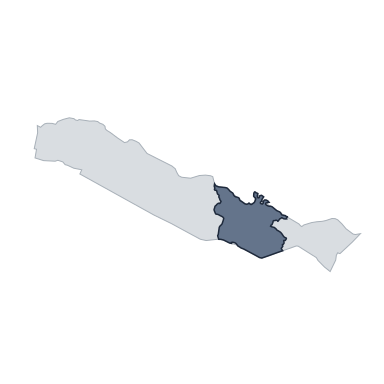 Kara on a map of Togo (Equal Earth projection), rotated 119°
{"feature_id": "TGO-88", "entity_name": "Kara", "entity_type": "Region", "adm_level": 1, "iso_a3": "TGO", "parent_name": "Togo", "parent_adm1": "", "projection": "equal_earth", "projection_center": [0.654, 9.526], "detail": "fine", "context": "in_parent", "style": "filled", "palette": "slate", "viewbox_px": 384, "rotation_deg": 119, "n_neighbors": 0, "source": "natural_earth", "source_scale": "10m", "svg_char_len": 5347}
<svg xmlns="http://www.w3.org/2000/svg" viewBox="0 0 384 384"><g transform="rotate(119 192 192)"><path d="M194.6,32.6L193.4,39.7L190.8,48.6L189.1,51.4L187.9,72.9L188.7,74.7L189.3,75.2L197.5,82.5L208.3,92.1L215.9,98.8L216.5,101.1L216.6,115.2L216.7,127.4L218.3,134.4L218.7,141.1L220.6,146.2L227.6,156.1L229.3,161.9L229.5,180.5L229.6,194.6L230.6,213.8L230.6,229.9L230.6,250.2L230.6,274.0L230.6,298.8L226.0,299.2L228.5,306.9L229.0,313.9L229.6,316.2L228.3,319.6L229.3,324.7L231.4,326.6L236.5,337.0L238.3,345.8L230.0,348.7L230.6,351.0L215.1,355.7L208.9,359.5L208.8,355.8L206.6,355.1L203.8,353.9L202.1,352.0L199.8,347.6L198.9,344.1L195.3,343.5L190.8,339.7L186.6,335.3L185.1,330.8L185.5,328.8L184.9,326.7L183.4,325.9L179.6,315.9L177.2,311.9L176.1,308.6L176.5,306.1L176.0,302.8L176.7,300.0L178.8,298.4L179.4,296.4L179.6,292.2L180.8,283.5L181.5,275.0L179.4,272.7L176.7,272.0L175.3,269.6L174.8,265.6L174.8,262.1L180.1,250.0L179.0,222.2L179.8,217.9L182.1,215.0L184.2,211.6L184.1,208.2L180.6,199.9L174.0,193.5L170.7,188.4L168.8,183.7L168.5,181.3L172.5,177.6L174.3,175.1L174.5,172.2L172.9,166.9L173.2,157.5L174.7,150.5L176.3,141.3L176.1,138.7L172.3,133.2L170.2,132.5L168.5,132.9L164.4,136.4L163.0,136.8L162.1,135.8L161.7,134.3L163.1,132.2L162.6,129.5L163.8,127.2L166.3,126.1L167.1,125.0L163.6,123.9L163.2,122.3L163.5,120.7L164.5,120.4L165.5,120.5L166.2,119.4L166.7,111.7L167.1,109.0L167.5,103.6L168.1,82.9L168.9,80.8L169.0,79.2L166.6,78.2L160.8,72.6L157.5,68.4L154.6,64.0L152.1,61.1L147.3,56.7L145.9,53.9L145.7,51.0L147.2,45.4L149.5,39.4L150.7,30.7L150.0,28.5L146.8,24.5L158.1,27.5L174.1,32.7L174.4,33.6L174.5,35.1L177.3,35.1L181.9,33.3L194.6,32.6Z" fill="#d9dde1" stroke="#a8b0b8" stroke-width="1"/><path d="M169.1,96.7L169.6,96.5L169.7,96.3L169.9,96.6L170.3,97.2L170.8,98.3L170.9,98.7L171.0,99.0L171.0,99.4L170.9,100.2L170.9,100.6L171.0,100.9L171.1,101.2L171.3,101.3L172.2,101.5L172.4,101.7L172.8,102.1L173.1,102.3L173.5,102.3L174.1,102.3L174.9,102.5L175.3,102.5L175.6,102.5L175.8,102.6L176.0,102.8L175.9,103.1L175.7,103.6L175.7,103.9L175.7,104.3L175.8,104.6L175.9,104.8L176.1,105.1L176.6,105.4L176.8,105.6L176.9,105.8L177.4,106.6L177.5,106.8L177.8,106.9L178.2,106.9L178.8,106.7L179.6,106.4L180.2,106.4L181.8,106.2L182.0,106.3L182.5,106.7L182.8,106.8L183.3,106.6L183.7,106.7L183.8,106.7L183.8,106.2L183.8,105.4L183.2,103.2L183.1,102.8L183.2,102.4L183.2,102.0L183.4,101.6L183.5,100.7L183.7,100.2L183.9,99.7L184.1,99.3L184.2,98.9L184.2,98.6L184.1,98.0L184.2,96.0L184.3,95.1L184.5,94.4L185.0,93.1L186.4,90.4L186.6,89.7L186.8,88.9L186.6,88.0L186.6,87.6L186.6,87.3L186.8,87.0L187.3,86.8L188.8,86.9L189.2,87.0L189.4,87.2L189.5,87.5L189.6,87.8L189.8,88.1L190.0,88.2L191.0,87.5L191.9,86.8L192.3,86.7L193.4,86.8L193.6,86.9L194.0,87.3L194.3,87.4L194.5,87.3L195.1,86.6L195.4,86.3L195.9,86.3L196.3,86.3L197.6,86.6L197.9,86.6L198.3,86.3L198.5,86.0L199.4,84.2L203.6,88.0L210.7,94.2L215.9,98.9L216.6,101.1L216.6,101.6L216.6,106.5L216.7,113.8L216.8,119.0L217.2,122.1L217.1,122.9L217.0,123.6L217.0,124.9L217.0,125.6L216.6,126.4L215.8,128.2L215.6,129.1L215.7,130.4L216.2,132.1L217.0,133.1L217.8,132.5L218.4,134.4L218.7,141.2L219.4,143.8L220.4,145.7L218.4,147.8L217.5,148.5L216.6,148.4L209.8,151.0L208.8,151.1L208.3,151.0L205.8,150.3L205.0,150.3L201.3,151.0L199.6,151.5L199.4,151.8L199.3,152.1L199.0,152.8L198.9,153.6L198.9,154.4L199.0,155.6L199.0,158.0L199.1,158.7L199.7,160.3L199.6,160.7L199.4,161.1L198.6,162.1L197.9,163.0L197.2,163.8L196.8,164.1L196.4,164.3L195.5,164.4L193.6,164.9L193.3,164.9L193.0,164.9L192.7,164.8L191.9,164.4L191.6,164.4L191.0,164.3L190.6,164.2L189.1,163.5L188.9,163.2L188.8,162.8L188.8,162.5L188.6,162.2L188.3,162.0L187.7,162.1L187.3,162.1L186.9,162.0L186.5,161.9L186.3,162.0L186.1,162.1L185.9,162.4L185.8,162.7L185.7,163.1L185.5,163.4L185.3,163.8L184.3,164.8L184.1,164.9L184.0,165.2L183.9,165.4L183.4,166.1L183.0,166.3L182.1,166.5L181.9,166.7L181.7,167.0L181.5,167.7L181.5,168.1L181.4,168.4L181.3,168.8L181.1,169.0L179.2,170.8L178.9,171.1L178.8,171.5L178.8,171.8L179.0,172.0L179.3,172.5L179.3,172.9L179.1,173.4L178.8,173.7L178.5,173.8L177.7,173.8L177.4,174.0L176.4,175.2L175.4,175.7L174.0,176.2L175.1,174.1L174.5,170.9L172.1,165.4L171.5,163.4L172.0,161.3L172.8,159.3L173.1,157.1L173.1,156.1L173.4,155.4L174.5,154.1L175.1,152.7L175.1,151.7L174.5,149.3L174.5,148.0L174.9,147.3L175.5,146.9L176.0,146.2L176.2,145.4L176.3,143.4L176.7,140.1L176.4,138.5L175.5,137.4L174.0,136.8L174.0,136.7L174.3,135.8L174.4,135.2L174.4,134.5L174.0,133.9L171.4,132.6L170.5,132.4L168.5,132.6L167.4,132.8L166.6,133.3L166.4,133.8L166.2,135.1L166.0,135.7L165.7,136.1L163.4,137.2L162.5,137.4L161.6,137.3L161.3,136.4L161.7,135.7L161.4,134.6L161.4,133.6L163.5,133.1L164.2,132.7L164.9,132.1L165.1,131.4L164.6,130.7L163.9,130.6L162.7,131.0L162.2,130.7L161.7,130.2L161.3,129.8L161.2,129.6L161.2,129.2L161.4,127.3L161.5,126.9L164.0,127.2L165.2,127.1L166.1,126.4L166.8,127.0L167.7,127.2L168.5,126.9L168.8,126.0L168.4,124.6L167.4,124.3L165.4,125.0L163.9,124.8L163.1,123.4L163.0,121.4L163.7,119.6L165.1,121.4L165.9,122.0L166.8,121.9L167.3,121.0L167.4,119.9L167.3,118.7L167.1,117.7L166.8,117.0L166.4,116.5L166.2,115.8L166.1,114.6L167.1,109.4L167.2,108.6L166.9,106.0L167.0,105.0L167.4,104.0L168.1,103.1L168.4,102.7L168.4,102.2L168.1,100.8L167.5,99.3L167.4,98.8L167.5,98.2L167.7,97.8L167.7,97.4L167.4,96.7L168.3,96.5L169.1,96.7Z" fill="#64748b" stroke="#1e293b" stroke-width="1.5"/></g></svg>